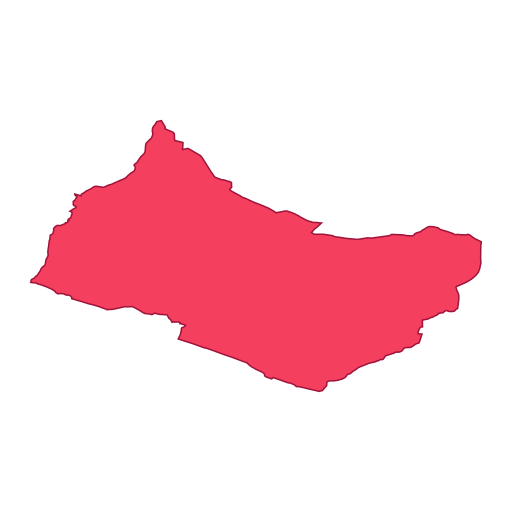 Poienarii De Arges, Arges, Romania
{"feature_id": "2599482B93022961694156", "entity_name": "Poienarii De Arges", "entity_type": "district", "adm_level": 2, "iso_a3": "ROU", "parent_name": "Romania", "parent_adm1": "Arges", "projection": "robinson", "projection_center": [24.518, 45.066], "detail": "fine", "context": "isolated", "style": "filled", "palette": "rose", "viewbox_px": 512, "rotation_deg": 0, "n_neighbors": 0, "source": "geoboundaries", "source_scale": "gbopen_adm2", "svg_char_len": 5914}
<svg xmlns="http://www.w3.org/2000/svg" viewBox="0 0 512 512"><path d="M400.4,351.7L402.3,350.6L402.9,349.6L404.2,348.1L405.9,347.6L410.6,347.4L413.8,345.5L414.7,344.7L415.7,344.1L416.9,343.6L418.3,343.2L418.9,343.0L419.6,341.5L422.0,334.0L418.2,333.9L418.2,331.9L419.1,329.3L420.4,327.3L421.2,326.9L422.5,326.9L422.4,320.1L428.5,318.9L429.4,318.1L433.3,316.9L434.2,316.2L436.5,315.3L438.1,314.2L438.5,313.5L438.9,313.2L439.7,313.3L440.9,312.8L442.6,312.9L443.2,312.6L445.1,310.9L446.3,310.6L449.3,311.5L450.2,311.5L452.7,311.5L454.4,311.1L455.1,310.4L456.1,309.2L456.7,309.1L457.6,308.4L458.2,304.6L458.8,298.9L458.8,295.2L457.8,292.4L456.7,290.0L456.0,287.2L456.2,286.6L456.8,286.3L457.6,286.1L465.1,282.8L468.3,281.1L471.8,278.9L476.2,275.0L478.4,272.2L479.6,269.0L480.9,263.0L480.6,258.5L480.8,245.6L481.3,242.5L481.2,241.7L475.1,238.8L472.5,237.1L469.9,235.0L467.9,234.3L465.7,235.0L463.7,234.8L459.7,234.7L458.1,234.4L457.3,234.4L455.5,234.7L454.5,234.4L452.6,233.4L447.1,231.5L440.3,229.5L438.4,228.0L436.7,227.4L435.3,227.3L434.0,226.8L429.7,226.5L427.7,227.0L425.0,228.7L422.0,230.4L420.8,231.6L416.7,232.8L414.7,233.8L414.4,234.9L412.2,235.9L406.7,235.6L403.0,234.9L401.1,234.8L391.7,234.4L388.9,235.9L387.7,235.9L371.5,238.1L367.7,237.8L357.6,239.4L345.5,238.3L340.3,237.4L335.1,236.8L332.4,235.6L323.6,234.3L320.8,234.2L316.1,234.3L313.9,234.2L311.5,232.5L314.6,229.0L317.3,226.9L321.5,223.0L318.4,222.8L316.8,222.4L315.3,222.5L312.5,222.3L311.1,221.7L309.6,221.4L306.8,220.4L300.0,216.8L299.1,216.1L294.8,213.9L291.7,212.6L286.6,210.9L285.4,211.1L283.5,211.2L281.9,211.7L276.1,212.7L274.3,211.5L268.4,208.1L261.3,205.1L253.8,202.2L244.6,198.0L242.7,197.5L240.1,195.8L238.2,194.7L236.9,194.1L231.3,191.0L230.0,190.0L229.6,189.4L231.6,187.4L231.7,186.7L231.5,185.9L231.5,185.0L231.6,184.2L231.4,182.5L228.9,181.2L228.1,181.5L227.6,181.3L226.3,180.6L223.7,179.9L221.4,179.7L220.4,179.2L215.3,177.4L214.2,176.3L210.8,171.4L202.4,158.0L200.5,155.6L188.1,148.4L182.6,149.5L183.0,142.5L174.6,140.4L174.3,133.7L172.9,132.2L165.0,128.8L165.2,126.9L161.4,120.6L156.8,121.6L154.9,124.7L153.4,126.5L152.5,128.2L152.3,131.2L152.9,134.1L151.6,137.8L146.2,143.1L145.7,144.4L145.2,150.3L145.3,150.8L145.2,151.3L144.3,153.3L143.4,154.4L141.6,156.0L140.8,156.8L138.0,160.8L137.6,161.5L137.5,161.9L137.4,162.1L136.3,163.0L134.7,164.2L134.2,164.7L134.1,165.5L134.7,166.2L135.0,166.7L135.2,167.2L135.2,167.9L135.1,168.7L134.5,170.3L134.3,170.8L133.9,171.2L131.0,173.0L130.3,173.5L127.4,176.1L126.2,177.3L125.4,178.0L123.7,178.9L122.4,179.5L120.1,180.4L117.0,181.8L114.4,182.9L112.0,184.1L109.6,184.8L107.4,185.5L106.4,186.1L105.6,186.4L104.9,186.8L103.4,187.2L102.4,187.3L102.0,187.3L100.9,186.9L99.0,186.7L97.1,186.3L95.4,186.3L94.3,186.6L92.8,187.4L91.1,188.7L89.0,189.7L87.7,190.4L86.7,190.7L84.0,192.7L81.4,194.2L80.8,195.8L74.8,194.0L74.9,194.9L75.5,195.6L77.0,196.5L76.8,197.1L76.3,197.8L76.0,198.3L75.6,198.8L75.1,200.0L74.9,200.3L73.6,201.1L73.2,201.5L73.4,203.4L73.1,204.4L73.2,204.6L73.6,204.9L73.9,205.6L74.2,205.8L74.9,205.9L75.9,206.5L76.1,206.8L76.1,207.3L75.6,207.8L73.2,209.1L69.9,211.3L71.9,212.2L71.9,212.6L72.1,213.8L72.1,214.0L71.7,214.6L71.3,215.3L71.4,215.9L71.4,216.2L70.8,217.4L70.1,218.1L69.5,218.5L68.4,219.1L68.3,219.4L68.3,219.7L69.0,220.2L69.0,220.5L68.8,220.6L68.3,220.4L67.8,220.5L67.7,220.7L67.8,221.4L67.8,221.7L67.5,222.3L67.1,222.6L66.6,222.8L65.9,222.6L65.4,222.7L65.2,223.0L65.2,223.5L64.3,224.1L64.1,224.2L63.4,224.2L61.8,225.0L61.3,225.1L60.8,225.5L59.7,225.5L58.8,225.6L58.2,225.4L57.5,225.4L57.0,225.5L56.1,226.0L55.3,226.5L54.0,228.0L53.7,228.5L53.6,229.1L53.7,230.2L53.0,233.2L52.8,233.6L52.2,234.1L50.3,235.2L50.1,235.5L50.2,236.1L49.9,238.1L49.9,239.2L49.7,239.7L49.3,240.6L49.1,241.5L49.1,242.4L48.9,243.2L48.9,244.1L48.8,244.8L48.4,247.5L48.2,248.5L47.8,252.5L47.8,252.9L48.1,253.4L48.0,255.6L47.7,256.6L47.4,257.1L47.0,257.9L46.2,259.1L46.0,259.5L45.9,260.8L45.5,262.3L45.4,263.6L45.1,264.5L44.9,265.0L44.4,265.7L42.9,266.7L42.1,267.5L41.2,268.6L40.4,270.2L40.3,270.8L38.5,273.4L37.7,274.7L37.2,275.2L36.9,275.8L36.2,276.0L35.5,276.5L35.1,277.4L34.7,277.8L34.1,278.2L32.3,279.1L31.6,279.5L31.3,279.8L30.7,282.4L32.8,282.7L36.1,283.0L36.5,283.1L37.0,283.6L37.6,283.9L40.6,284.7L46.0,286.6L52.2,289.4L53.1,290.1L54.8,291.1L55.9,292.6L56.3,292.9L57.0,293.2L57.7,293.8L60.6,293.6L63.2,293.7L63.8,293.8L64.8,294.5L65.6,294.7L66.7,295.2L67.1,295.2L67.9,294.9L68.1,294.9L69.1,295.3L71.0,296.3L71.4,296.7L71.7,297.2L71.6,298.5L72.0,298.9L74.8,299.5L78.1,300.6L80.9,301.3L84.4,302.5L85.7,302.8L88.2,303.7L91.0,304.3L98.1,306.3L106.3,309.3L107.0,309.7L113.1,309.3L123.9,306.9L125.2,306.6L126.3,306.9L132.3,306.6L136.2,308.5L137.6,309.4L138.0,309.5L141.6,311.7L141.9,312.0L143.7,313.0L144.5,313.4L147.0,313.8L148.7,313.8L150.8,314.4L151.9,314.6L152.5,314.4L154.3,313.4L155.3,313.2L157.2,313.9L158.2,314.0L159.4,314.4L161.8,314.5L166.9,314.8L167.2,315.1L169.1,318.6L170.5,319.3L172.0,322.3L174.0,321.7L174.3,322.1L177.5,321.9L180.1,322.5L179.9,323.7L181.8,324.0L185.4,325.1L185.3,325.5L185.1,325.9L184.3,326.7L183.6,327.1L182.9,327.3L181.9,327.7L181.6,328.1L181.4,328.7L181.3,329.0L181.3,329.4L181.5,330.3L181.1,330.9L181.0,331.8L180.2,334.9L178.2,339.0L192.3,343.5L204.8,348.0L205.0,347.7L211.6,350.0L222.7,354.1L232.3,357.4L247.0,362.9L249.7,365.5L250.9,366.4L256.2,369.4L262.0,372.1L264.2,373.5L264.7,375.9L266.1,376.9L271.7,378.9L273.1,377.5L288.3,382.9L290.2,383.0L294.4,384.8L296.1,386.4L297.1,386.7L298.9,386.6L319.3,391.4L320.0,391.1L322.3,390.6L326.7,385.6L326.8,382.7L327.3,381.7L329.1,380.9L334.3,380.8L337.6,380.3L342.0,379.1L344.5,377.8L345.9,376.8L347.1,374.8L348.1,374.3L350.3,373.6L352.8,371.4L355.4,369.9L358.0,367.8L360.4,366.7L369.2,363.2L374.7,362.0L375.8,361.6L377.3,360.8L378.1,360.9L379.6,359.9L380.7,359.6L382.4,359.6L383.3,359.1L385.6,355.8L394.1,353.1L395.1,352.4L396.3,352.1L399.3,352.1L400.4,351.7Z" fill="#f43f5e" stroke="#9f1239" stroke-width="1.5"/></svg>